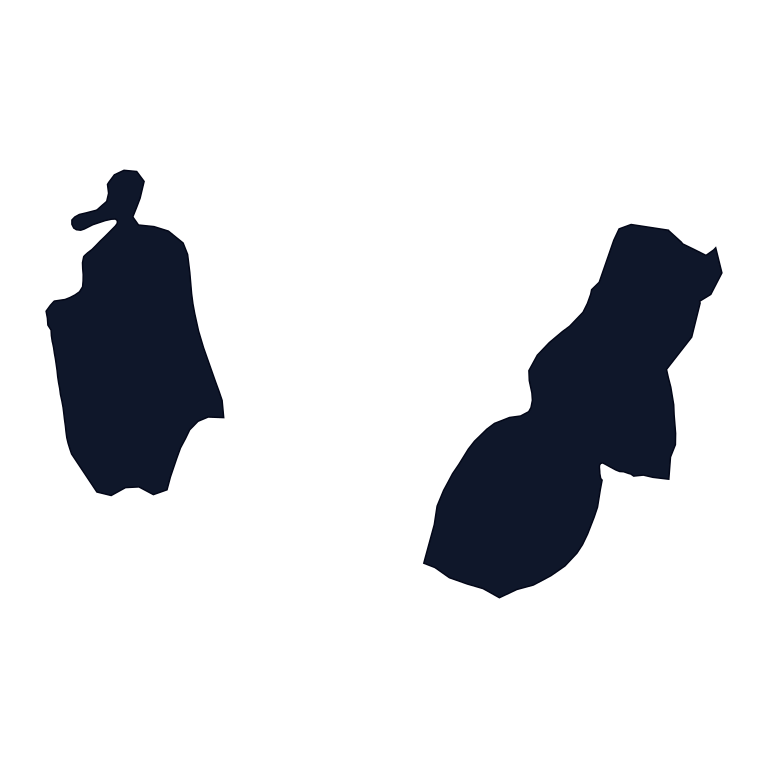 Amran, Hajjah, Yemen
{"feature_id": "15242507B71774555115176", "entity_name": "Amran", "entity_type": "district", "adm_level": 2, "iso_a3": "YEM", "parent_name": "Yemen", "parent_adm1": "Hajjah", "projection": "natural_earth1", "projection_center": [43.831, 15.676], "detail": "fine", "context": "isolated", "style": "filled", "palette": "ink", "viewbox_px": 768, "rotation_deg": 0, "n_neighbors": 0, "source": "geoboundaries", "source_scale": "gbopen_adm2", "svg_char_len": 2552}
<svg xmlns="http://www.w3.org/2000/svg" viewBox="0 0 768 768"><path d="M423.8,563.2L434.9,567.5L449.4,577.7L467.3,584.0L483.1,588.6L499.4,597.7L503.0,596.0L516.8,589.5L533.4,585.0L550.9,575.7L564.3,566.4L564.9,566.0L576.9,553.2L582.5,544.6L587.6,534.0L594.1,517.3L597.5,507.2L600.3,489.7L602.1,480.1L600.7,478.5L599.8,473.6L599.7,470.9L599.4,467.1L599.6,465.0L600.7,463.4L602.7,462.9L605.6,464.4L610.5,467.1L615.9,470.0L619.7,471.5L623.6,471.7L628.8,473.5L630.8,474.0L633.7,476.1L635.4,475.9L643.4,475.1L652.8,477.3L668.8,479.2L670.5,457.0L675.4,444.7L675.6,433.4L674.1,414.6L673.7,404.7L670.8,387.2L668.3,377.5L666.5,369.4L691.7,337.1L700.1,303.2L699.7,301.2L710.8,294.4L721.9,272.9L715.7,247.8L713.6,250.0L706.0,255.4L694.0,249.4L682.7,243.9L681.3,242.1L668.4,230.4L668.4,230.2L631.1,224.5L619.1,228.9L613.8,240.2L599.2,282.3L591.6,289.7L590.7,294.3L587.4,303.5L583.0,312.3L569.7,326.2L562.4,331.6L549.3,342.6L537.3,355.2L528.9,370.6L529.3,380.7L531.9,392.9L532.4,400.3L531.0,407.6L528.7,411.7L520.6,416.0L509.5,417.5L500.7,421.0L494.5,423.4L486.9,429.1L474.5,441.2L468.4,449.0L458.8,464.5L452.6,473.6L448.2,481.9L443.6,490.4L437.1,506.1L434.3,524.6L425.1,558.3L423.8,563.2ZM71.6,454.0L96.9,492.0L111.2,495.5L125.5,487.6L138.9,486.9L153.4,494.6L167.0,489.8L170.4,477.0L176.8,458.1L180.5,447.9L185.6,438.3L189.7,429.8L198.0,421.3L208.2,417.0L223.7,417.6L222.1,400.4L218.9,391.0L215.6,382.0L209.4,364.4L203.5,347.6L198.6,331.2L194.7,313.5L192.9,303.7L191.6,293.7L189.8,272.6L187.6,254.4L183.1,243.0L168.4,231.1L154.0,226.6L138.5,225.0L132.8,216.9L136.6,207.4L140.1,198.2L144.1,181.4L136.7,171.5L124.0,170.3L114.4,174.8L108.8,182.3L107.5,184.4L108.6,193.3L106.7,201.4L102.3,205.2L99.5,207.7L98.1,209.0L96.5,210.2L90.3,211.8L86.5,212.8L79.3,214.5L74.8,217.0L71.9,220.0L71.9,222.1L71.9,224.3L73.8,228.1L74.4,228.4L76.4,229.7L80.7,230.2L84.3,229.0L92.8,224.7L105.1,220.6L111.4,219.2L115.4,219.0L117.0,220.3L117.3,220.5L117.3,223.3L115.5,225.9L109.0,232.5L104.5,237.0L100.3,241.0L95.9,245.6L92.0,249.5L87.8,252.7L84.5,255.7L83.7,256.7L82.5,262.7L82.7,268.5L83.2,274.7L83.1,280.9L82.6,286.8L79.5,291.8L75.1,294.9L70.1,297.5L65.1,299.5L59.6,300.3L54.3,301.1L53.3,302.1L50.4,305.3L46.1,311.2L47.4,318.1L47.9,325.1L51.1,330.1L51.4,335.7L52.3,341.7L52.6,342.8L52.7,343.2L53.6,347.6L54.3,352.4L54.4,353.2L55.4,358.7L56.3,364.9L57.1,370.6L57.7,376.6L58.6,382.7L59.7,388.5L60.5,394.7L60.8,396.0L61.9,401.0L63.1,407.6L63.8,413.3L64.5,419.4L65.4,425.9L66.0,431.7L66.8,437.7L68.1,443.2L69.8,448.7L71.6,454.0Z" fill="#0f172a" stroke="#020617" stroke-width="1.5"/></svg>